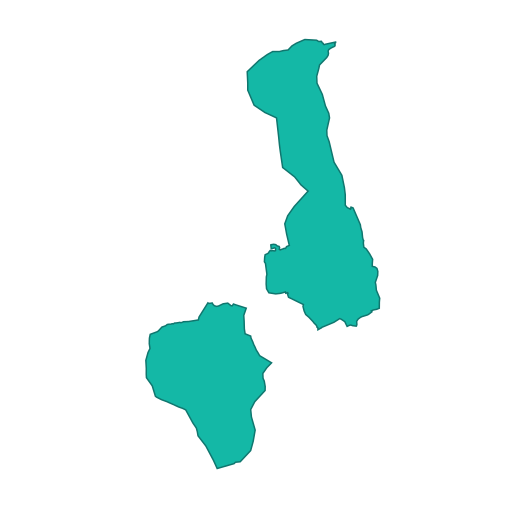 Gusau, Zamfara, Nigeria, rotated 162°
{"feature_id": "59680162B80813578140782", "entity_name": "Gusau", "entity_type": "district", "adm_level": 2, "iso_a3": "NGA", "parent_name": "Nigeria", "parent_adm1": "Zamfara", "projection": "orthographic", "projection_center": [6.754, 11.999], "detail": "fine", "context": "isolated", "style": "filled", "palette": "teal", "viewbox_px": 512, "rotation_deg": 162, "n_neighbors": 0, "source": "geoboundaries", "source_scale": "gbopen_adm2", "svg_char_len": 4312}
<svg xmlns="http://www.w3.org/2000/svg" viewBox="0 0 512 512"><g transform="rotate(162 256 256)"><path d="M114.2,434.9L125.1,436.0L125.7,435.9L126.2,436.2L126.4,436.5L126.4,436.8L126.4,437.2L126.5,437.4L126.6,437.8L126.8,438.0L127.1,438.3L127.3,438.6L127.3,439.1L127.3,439.6L127.5,439.9L127.6,440.1L127.8,440.2L128.0,440.1L128.4,440.0L128.7,440.1L129.0,440.3L129.4,440.5L129.8,440.5L130.3,440.8L131.0,441.8L131.9,442.6L142.7,446.8L151.9,445.9L156.9,444.7L161.9,442.0L166.4,442.9L170.5,443.2L176.9,445.3L183.0,444.1L192.6,441.1L207.4,434.0L210.4,423.0L212.6,416.3L211.2,400.0L203.4,390.0L203.4,389.9L193.8,381.0L197.7,362.0L199.4,354.2L200.4,348.9L201.0,345.5L203.3,331.9L194.8,319.3L192.4,312.9L191.3,309.8L186.4,301.6L204.3,291.3L213.4,284.5L218.7,277.7L220.1,267.3L220.9,257.6L221.0,255.8L221.8,255.7L222.0,255.7L222.6,255.6L224.1,255.5L224.6,254.8L225.8,254.1L226.8,254.6L228.2,254.4L230.5,254.4L231.1,254.3L231.8,255.2L230.9,256.8L231.1,258.0L232.7,259.0L233.7,260.7L235.6,261.7L238.3,262.1L238.5,262.0L239.3,258.1L235.7,258.0L235.0,257.1L235.8,255.1L236.8,255.1L238.7,256.0L239.9,256.2L240.9,256.8L242.2,256.0L243.2,255.0L244.9,254.6L246.9,254.4L248.1,252.2L249.8,247.9L249.3,246.0L251.3,235.2L252.6,233.0L255.0,226.2L256.1,221.6L255.1,217.0L249.0,213.9L244.7,213.0L242.6,212.8L241.7,212.8L239.1,212.7L239.2,211.4L237.2,211.4L237.2,210.4L237.8,210.3L237.8,209.4L237.8,206.7L225.9,195.2L226.9,193.5L227.2,188.9L226.8,185.0L224.6,181.4L222.1,176.1L221.5,174.3L220.1,171.6L219.8,169.7L220.0,169.4L219.8,169.1L219.3,168.4L219.4,168.2L219.6,167.7L219.9,166.7L216.5,167.4L216.0,167.4L215.8,167.5L215.6,167.7L215.3,167.8L214.7,167.9L214.1,167.9L206.9,168.5L202.3,168.9L195.7,170.6L194.8,169.8L194.0,168.9L192.8,167.4L191.8,166.0L191.6,164.3L191.1,160.9L189.6,161.1L188.7,161.2L187.2,161.1L185.7,159.9L182.3,158.3L182.2,158.3L181.4,159.4L181.3,159.5L180.9,161.0L180.5,162.7L179.9,163.2L178.7,164.2L178.3,164.4L178.1,164.5L177.8,164.7L177.5,164.7L177.3,164.8L177.1,164.9L176.7,165.0L175.5,165.4L175.0,165.4L174.8,165.5L174.3,165.6L168.4,165.5L167.0,165.7L163.0,167.1L163.3,168.2L160.9,168.4L157.7,168.0L154.9,168.2L152.9,174.1L151.4,177.6L152.1,186.3L151.2,190.2L150.9,191.7L150.7,194.0L146.3,199.9L144.9,203.7L144.8,206.8L146.2,208.8L148.6,210.2L147.9,212.4L146.1,216.8L147.3,223.0L149.0,228.7L150.7,231.0L149.9,235.2L149.4,236.2L149.4,236.4L148.8,237.5L149.1,238.3L149.1,238.9L149.0,239.5L148.9,240.7L147.7,246.2L147.6,250.7L147.1,253.5L148.8,271.7L149.7,272.5L150.3,273.0L150.6,273.1L150.7,272.8L150.9,272.4L151.2,272.3L151.2,272.0L151.2,271.6L151.7,271.3L154.3,273.9L155.4,276.7L152.2,286.6L150.8,293.7L149.4,306.2L152.8,321.1L151.1,342.1L151.3,348.5L149.8,353.8L143.4,364.6L142.7,369.2L143.6,377.3L143.0,389.2L144.6,401.5L142.7,408.2L138.4,414.8L136.5,418.1L127.4,422.9L125.4,424.6L124.4,426.4L124.2,428.2L123.8,429.0L123.0,429.8L122.2,430.1L120.8,430.5L119.7,430.7L118.5,430.9L117.2,431.0L116.3,431.3L115.9,431.5L115.8,431.9L115.8,432.2L115.5,432.4L115.5,432.7L115.7,433.3L115.7,433.6L115.5,433.8L115.4,434.1L114.7,434.0L114.3,434.4L114.2,434.9ZM358.6,65.9L341.0,65.3L339.3,66.2L334.6,65.2L328.8,68.4L321.2,72.6L315.9,80.7L310.6,90.7L310.1,104.3L308.5,111.6L302.2,117.8L288.9,125.3L287.6,129.0L286.8,134.5L287.1,137.5L285.8,142.2L280.1,146.5L274.2,149.6L283.2,159.9L283.6,161.2L283.8,162.5L284.8,166.5L285.1,169.9L285.5,172.3L285.6,175.3L286.1,179.5L285.8,181.5L290.4,185.4L289.6,190.3L287.4,197.8L286.0,203.3L281.4,209.4L290.2,215.7L292.3,217.3L293.9,216.0L295.0,216.3L297.4,219.9L302.0,220.7L307.2,220.0L309.2,220.3L310.0,220.9L310.7,221.4L311.1,221.7L311.4,222.4L311.9,223.3L312.0,224.1L312.2,224.9L313.4,225.0L314.6,225.3L315.6,225.5L316.2,226.3L329.0,215.6L330.6,213.0L340.3,214.5L345.3,215.9L347.0,215.7L348.1,215.8L348.9,216.4L351.7,216.8L352.7,217.0L354.2,217.4L355.6,217.0L356.6,217.5L358.2,217.5L359.7,218.0L361.6,218.3L363.3,217.6L365.7,217.5L367.4,217.5L372.0,214.9L373.4,214.5L380.8,214.2L381.6,212.8L382.7,210.9L383.6,208.5L384.3,206.4L384.6,205.6L385.4,200.8L388.5,197.6L393.0,190.8L395.1,182.9L396.9,177.5L397.8,174.1L394.8,164.6L395.0,153.7L394.1,152.4L390.3,148.6L385.5,144.8L383.9,143.3L381.4,141.1L376.2,136.3L372.9,133.8L370.4,131.4L367.6,116.6L365.9,110.8L366.1,107.1L366.7,102.9L362.4,90.8L359.6,74.8L359.0,69.6L358.6,65.9Z" fill="#14b8a6" stroke="#0f766e" stroke-width="1.5"/></g></svg>